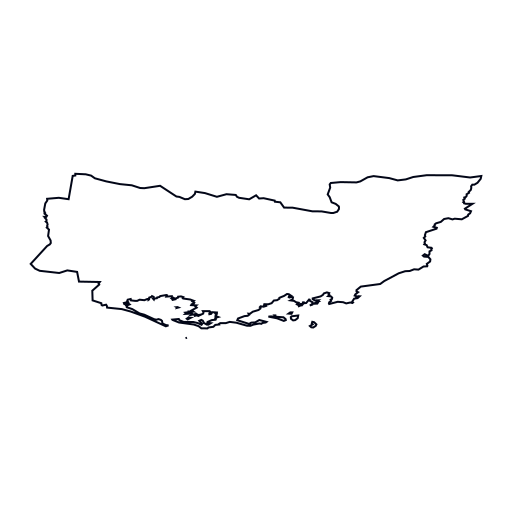 the district of Eyja- og Miklaholtshreppur, Vesturland, Iceland
{"feature_id": "244011B92076156941754", "entity_name": "Eyja- og Miklaholtshreppur", "entity_type": "district", "adm_level": 2, "iso_a3": "ISL", "parent_name": "Iceland", "parent_adm1": "Vesturland", "projection": "natural_earth1", "projection_center": [-22.557, 64.849], "detail": "fine", "context": "isolated", "style": "outline", "palette": "ink", "viewbox_px": 512, "rotation_deg": 0, "n_neighbors": 0, "source": "geoboundaries", "source_scale": "gbopen_adm2", "svg_char_len": 6075}
<svg xmlns="http://www.w3.org/2000/svg" viewBox="0 0 512 512"><path d="M481.3,176.0L470.1,177.5L452.3,175.3L426.7,175.2L413.2,177.0L405.8,179.4L397.7,180.4L389.3,178.1L373.6,176.1L367.6,177.3L360.3,181.4L356.5,182.4L340.6,182.1L330.8,183.0L329.7,184.4L330.2,187.6L327.7,194.4L329.7,197.2L331.6,202.3L335.7,203.9L338.8,206.4L339.0,207.1L338.9,209.1L337.2,211.7L333.3,213.0L331.0,213.0L321.6,211.4L312.3,211.3L292.7,207.7L284.1,207.6L280.3,202.3L274.9,201.7L274.7,200.6L263.6,198.2L259.1,198.5L256.1,195.3L249.2,199.3L239.1,197.8L237.0,196.8L235.8,195.0L235.1,194.9L226.5,194.2L216.9,196.8L205.0,193.1L195.4,191.6L194.9,193.9L192.2,196.7L188.3,199.0L184.9,199.2L179.4,196.9L176.4,196.5L160.1,185.8L144.3,188.2L140.1,188.0L131.8,185.3L119.9,184.1L106.3,181.4L94.9,178.3L91.1,175.6L85.7,174.3L75.3,173.8L75.3,175.5L72.7,175.9L68.6,199.2L58.8,197.8L47.1,198.8L47.3,200.5L45.3,203.4L44.1,209.8L44.3,211.7L44.8,212.2L44.5,213.0L45.1,213.3L44.8,213.9L47.0,215.7L46.3,216.9L45.0,216.9L45.4,217.2L44.8,217.7L46.5,219.6L46.5,221.1L45.8,221.6L47.1,222.7L47.6,224.5L47.1,226.0L47.5,226.9L46.8,227.6L49.0,229.6L48.1,236.0L50.6,240.5L50.8,243.0L49.8,244.4L47.1,246.0L30.7,263.9L35.1,268.6L39.7,270.8L59.2,273.0L67.3,270.4L77.1,271.9L79.0,281.6L99.8,282.0L98.6,283.6L99.2,284.6L92.3,290.7L92.6,300.4L101.3,303.2L101.6,305.0L102.3,305.5L106.1,304.7L106.9,306.0L107.1,307.6L121.8,309.1L130.6,311.5L145.0,316.7L165.8,326.3L168.5,325.4L166.0,325.1L162.5,323.5L162.0,320.9L160.9,319.9L158.5,319.1L156.4,319.7L154.1,319.2L144.3,314.7L139.5,313.4L132.3,309.1L126.9,307.3L127.1,306.7L126.2,305.7L129.6,304.4L128.7,303.7L124.3,304.0L123.9,303.0L128.0,301.9L127.2,301.0L127.7,299.7L130.7,299.0L131.0,300.4L135.4,300.9L137.1,300.9L139.6,299.7L144.4,300.2L147.3,299.0L148.3,299.0L148.4,299.9L149.1,299.4L149.2,297.6L151.6,296.8L152.0,296.1L153.7,296.9L153.8,298.5L153.1,298.7L153.9,299.6L154.3,298.6L156.9,298.2L157.1,297.5L159.4,297.0L160.2,296.1L166.4,295.0L166.9,295.2L166.3,296.6L171.7,296.2L171.6,296.8L173.1,297.6L171.8,298.4L173.0,298.9L172.4,299.6L172.6,299.9L175.2,299.3L174.9,298.8L175.3,298.6L178.0,297.6L178.1,296.7L181.0,296.4L183.3,297.1L182.7,298.1L183.1,298.5L190.2,299.5L193.7,300.8L192.5,301.5L194.3,302.7L193.8,303.5L191.6,304.3L191.2,305.1L196.1,305.4L195.1,306.1L196.7,307.6L191.6,310.4L193.4,311.6L188.5,311.5L188.5,312.2L185.6,312.6L186.3,313.1L185.4,313.9L189.1,313.7L191.3,312.2L192.2,313.8L191.0,314.9L196.2,313.9L196.8,314.2L193.9,316.0L198.8,315.0L197.9,315.8L198.2,316.0L203.2,313.6L203.5,312.2L202.9,311.1L209.5,311.1L210.8,312.1L209.3,313.3L209.4,314.2L211.1,313.9L212.4,312.2L216.9,312.5L216.7,313.3L214.5,313.2L216.7,314.1L215.5,315.9L218.2,317.0L215.4,317.8L215.2,318.2L215.9,319.0L215.6,319.7L211.8,320.1L207.5,322.0L207.3,322.8L210.7,323.2L208.3,324.7L206.8,324.6L204.0,323.0L202.8,320.7L201.3,319.9L199.3,320.8L202.2,323.9L201.5,324.8L197.9,323.1L193.3,322.0L183.6,321.9L179.4,320.2L178.8,319.0L172.3,319.6L172.5,319.9L179.0,322.5L193.7,324.5L198.7,326.2L201.3,328.3L207.5,328.4L208.4,327.5L213.4,326.8L215.3,324.9L219.2,324.5L219.0,323.9L220.3,323.1L225.9,323.1L229.7,321.9L236.3,322.7L246.9,325.7L250.4,325.8L253.4,324.6L259.3,323.5L261.5,323.8L262.3,323.0L265.7,322.5L266.5,321.9L259.3,320.0L255.2,322.4L251.5,322.6L250.4,323.0L250.2,323.8L249.0,323.9L237.3,320.2L238.0,318.5L244.5,316.1L247.7,315.8L249.2,314.7L248.6,313.7L249.9,313.8L252.8,311.7L258.5,310.0L260.4,308.5L260.6,307.7L259.9,307.1L260.6,306.3L263.6,306.7L267.1,305.6L264.0,305.4L264.3,304.2L268.2,304.3L271.6,303.2L273.9,300.5L277.0,300.2L279.3,298.8L279.4,297.8L284.1,295.9L287.0,294.0L288.8,294.2L290.9,295.6L289.1,296.2L288.7,297.1L289.3,297.5L291.9,296.9L293.0,297.3L292.6,299.4L290.6,300.4L294.1,300.9L296.0,302.2L298.4,302.7L296.9,304.3L298.5,305.1L298.9,306.2L300.3,305.6L299.1,305.0L299.3,304.2L301.4,303.9L301.4,305.3L301.8,305.4L303.1,303.9L303.0,302.4L303.9,302.3L304.4,303.2L306.2,303.0L309.1,299.5L309.7,299.7L309.7,300.7L312.6,302.3L312.1,304.2L309.8,305.5L312.4,304.6L312.7,303.8L317.3,303.6L318.0,302.5L316.3,302.3L317.4,301.7L317.5,301.0L318.4,301.0L317.9,300.6L318.3,300.3L314.8,300.4L312.7,299.1L312.7,298.4L320.6,296.4L322.9,294.9L323.9,293.4L326.9,292.4L329.2,293.1L328.6,294.2L329.4,295.0L328.2,296.1L330.9,296.4L332.2,297.6L332.0,298.9L330.6,299.7L331.2,300.9L329.3,302.2L328.9,303.3L329.2,304.0L337.7,301.8L343.1,302.2L346.2,303.4L350.3,302.5L352.4,303.0L353.0,302.5L352.1,301.8L354.1,298.7L357.6,298.1L359.6,296.3L358.4,296.2L356.2,297.1L356.4,296.2L354.7,295.6L355.3,294.4L358.1,292.2L356.5,291.4L356.5,290.1L360.8,286.6L380.2,284.0L384.3,281.0L398.7,273.3L405.2,271.2L409.7,271.0L414.1,269.3L418.5,269.6L423.5,266.5L427.2,266.3L427.4,265.7L426.8,263.9L430.1,261.5L430.4,259.3L428.3,256.9L424.1,256.6L422.9,255.6L424.7,254.2L427.2,255.4L428.5,255.4L429.5,254.0L429.5,251.4L431.5,250.3L431.3,249.1L431.9,248.4L431.5,247.8L427.6,247.3L426.6,245.1L424.3,244.3L424.9,243.4L424.5,242.2L425.6,240.4L423.8,237.9L425.3,236.4L424.9,235.2L425.9,232.2L436.5,228.7L436.8,227.8L433.4,226.8L434.8,225.3L434.7,224.4L436.1,223.3L440.8,221.9L444.1,219.0L448.4,218.2L452.5,219.4L454.7,218.7L461.8,219.3L468.0,215.9L468.2,214.6L470.1,213.3L471.0,211.2L465.3,209.4L464.9,208.7L472.5,203.8L465.8,203.8L464.1,203.3L464.1,202.4L463.4,202.1L463.9,201.5L463.3,199.9L464.8,198.7L464.3,197.5L465.8,197.0L466.7,195.8L466.6,194.3L469.0,192.8L468.7,192.0L470.8,189.9L471.3,187.9L471.1,186.3L472.3,184.7L474.3,184.7L477.5,182.8L480.7,178.8L481.3,176.0ZM283.5,317.3L271.0,316.4L268.4,316.6L277.0,318.3L283.8,320.9L285.8,320.1L285.6,319.1L283.5,317.3ZM298.2,315.5L291.6,316.3L290.8,317.1L291.0,318.8L293.1,320.4L295.2,320.1L297.7,318.2L298.2,315.5ZM313.2,327.5L315.7,325.9L316.4,324.4L314.1,322.2L312.3,321.8L311.8,323.4L312.7,324.3L309.9,326.0L311.3,327.3L313.2,327.5ZM187.7,319.4L190.7,317.8L188.3,317.6L186.8,318.7L187.7,319.4ZM292.2,312.4L290.3,312.4L288.6,313.6L291.5,313.8L292.2,312.4ZM178.4,307.5L177.5,307.1L176.6,307.2L177.1,307.5L176.9,307.9L178.4,307.5ZM185.5,338.2L187.0,337.7L185.5,338.2ZM275.1,315.7L276.3,315.4L274.8,315.4L275.1,315.7Z" fill="none" stroke="#020617" stroke-width="2"/></svg>